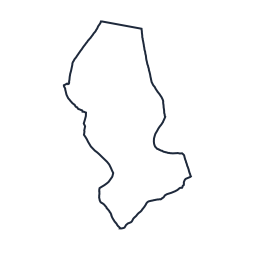 outline of Birkelane, Kaffrine, Senegal, rotated 12°
{"feature_id": "50182788B56779252201559", "entity_name": "Birkelane", "entity_type": "district", "adm_level": 2, "iso_a3": "SEN", "parent_name": "Senegal", "parent_adm1": "Kaffrine", "projection": "orthographic", "projection_center": [-15.66, 14.036], "detail": "fine", "context": "isolated", "style": "outline", "palette": "slate", "viewbox_px": 256, "rotation_deg": 12, "n_neighbors": 0, "source": "geoboundaries", "source_scale": "gbopen_adm2", "svg_char_len": 5743}
<svg xmlns="http://www.w3.org/2000/svg" viewBox="0 0 256 256"><g transform="rotate(12 128 128)"><path d="M157.7,207.1L157.9,206.7L158.3,206.2L158.6,205.5L158.9,204.6L159.3,203.9L159.6,203.4L159.9,202.6L160.3,201.9L160.5,201.5L160.7,200.9L161.0,200.1L161.4,199.1L161.5,198.4L161.7,197.8L162.3,196.7L162.7,196.2L163.3,195.6L164.0,195.2L164.9,194.8L165.3,194.6L165.8,194.3L166.3,194.2L166.6,194.0L167.2,193.8L167.9,193.4L168.6,193.1L169.4,192.8L170.4,192.3L171.0,192.1L171.9,191.7L172.6,191.6L173.5,191.2L174.5,190.9L174.7,191.0L175.2,190.7L175.7,190.1L176.1,189.4L176.8,188.9L177.3,188.2L177.7,187.4L177.9,186.6L178.3,186.0L178.7,185.7L179.2,185.2L179.9,184.6L183.8,182.4L187.6,179.8L188.3,179.1L189.2,178.4L189.9,177.5L190.9,176.2L191.6,175.6L192.3,175.5L192.8,175.3L193.2,175.3L193.4,174.9L193.5,174.3L193.5,173.5L193.7,173.0L194.0,172.7L194.3,172.4L194.3,172.1L194.4,171.9L194.2,170.6L193.9,169.5L194.0,168.6L194.2,167.7L194.4,166.8L195.0,165.8L195.8,165.2L198.1,163.6L198.8,163.1L199.3,162.7L199.6,162.2L199.0,161.6L198.6,160.8L198.2,160.0L197.4,158.9L197.0,158.1L196.5,157.2L196.1,156.3L195.6,155.4L195.2,154.8L194.8,154.0L194.1,153.1L193.7,152.5L193.3,151.6L192.9,150.9L192.6,150.3L192.0,149.6L191.7,148.8L191.3,148.1L190.9,147.5L190.5,147.0L190.2,146.3L189.8,145.6L189.4,144.8L189.1,144.2L188.8,143.5L188.4,142.9L188.0,142.6L187.4,142.2L186.8,141.9L186.1,141.5L185.6,141.7L184.9,141.9L184.2,142.1L183.7,142.2L182.9,142.1L182.2,142.2L181.8,142.2L181.6,142.2L181.2,142.4L180.4,142.6L179.9,142.7L179.3,142.9L178.8,143.0L177.8,143.3L176.3,143.6L175.4,143.7L174.5,143.9L173.4,143.8L172.7,144.0L171.9,144.0L171.3,143.9L170.8,143.8L170.0,143.9L169.4,143.8L168.6,143.8L167.8,143.8L167.0,143.6L166.2,143.2L165.3,143.3L164.3,143.0L163.2,142.8L162.7,142.7L162.4,142.4L161.5,142.4L160.8,142.3L160.6,142.1L160.3,141.9L159.5,141.3L158.9,141.0L158.7,140.8L158.2,140.3L157.7,139.6L156.8,138.0L156.1,135.9L155.6,132.9L155.8,129.7L156.0,127.9L156.7,125.9L157.3,124.1L157.6,122.9L158.1,121.5L158.8,119.8L159.6,118.3L160.3,116.7L160.5,116.0L161.0,114.9L161.0,114.3L161.3,113.2L162.0,109.9L162.1,109.3L161.8,109.1L161.3,108.0L161.0,107.0L160.3,105.8L159.9,104.2L159.6,103.1L159.2,102.0L158.6,100.5L158.2,99.0L157.8,97.7L157.6,97.4L157.1,95.8L156.9,95.0L156.9,94.5L156.4,93.6L155.9,92.8L155.4,92.2L155.1,91.8L154.5,91.0L153.6,90.1L152.9,89.5L152.3,88.8L151.5,88.1L150.4,87.2L149.5,86.5L149.5,86.4L148.5,85.5L147.4,84.4L146.6,83.6L145.9,82.6L145.2,82.0L144.4,81.4L143.5,80.6L142.6,79.4L141.6,78.2L141.0,76.9L140.4,75.6L140.0,74.6L139.4,73.4L139.0,72.4L138.5,71.1L137.8,69.6L137.2,68.4L136.4,67.0L136.2,66.2L135.7,65.1L135.2,64.4L134.7,63.1L133.8,61.8L133.2,60.5L132.8,59.5L132.3,58.5L131.8,57.5L131.3,56.2L130.9,54.9L130.4,53.4L129.6,51.9L129.2,50.8L128.8,49.6L128.1,48.5L127.6,47.3L127.2,46.0L126.6,44.8L126.2,43.5L125.6,42.1L125.2,41.1L124.7,39.9L124.0,38.4L123.8,37.5L123.4,36.9L123.0,36.0L122.8,34.9L122.3,33.4L121.8,32.0L121.4,30.4L120.9,29.1L120.6,28.1L120.2,28.1L80.3,29.2L79.6,29.4L79.4,29.4L79.3,29.9L79.3,30.5L79.1,31.2L78.9,31.8L78.5,32.8L77.8,34.3L77.5,35.4L77.3,36.5L77.0,37.6L76.6,38.4L76.2,39.9L75.8,40.8L75.4,41.5L75.0,42.2L74.6,42.9L74.4,43.8L73.8,44.9L73.3,46.1L73.0,46.6L72.6,47.7L72.0,48.5L71.5,49.6L70.7,50.8L70.2,52.2L70.0,52.6L69.2,54.1L68.7,55.4L68.1,56.5L67.6,57.6L67.1,58.7L66.6,60.1L66.0,61.4L65.4,62.6L64.9,63.9L64.3,65.2L63.9,66.3L63.4,67.4L63.0,68.4L62.6,69.5L62.0,70.7L61.5,71.6L61.1,72.8L60.9,73.7L60.5,74.6L60.3,75.5L60.2,76.5L60.4,77.7L60.4,78.8L60.4,79.8L60.4,81.3L60.4,82.6L60.4,83.9L60.3,85.6L60.2,87.3L60.3,88.3L60.3,89.4L60.4,90.7L60.6,92.2L60.7,93.2L60.7,94.6L61.0,96.0L60.9,97.0L60.1,97.6L59.2,97.2L57.3,98.9L56.9,99.1L56.7,99.3L56.4,99.5L56.5,100.1L56.6,100.3L56.9,100.7L57.3,101.3L57.5,101.5L57.8,101.8L58.3,102.4L58.5,103.0L58.7,103.7L59.2,104.6L60.0,106.3L60.9,108.2L62.2,109.9L63.4,111.4L64.8,112.4L65.6,113.1L66.6,113.9L67.6,114.6L68.5,115.3L69.4,115.7L69.9,115.9L70.3,116.2L70.8,116.3L71.3,116.7L71.8,117.4L72.2,117.8L73.1,118.3L74.1,118.4L74.9,119.4L75.2,119.6L75.7,119.8L76.6,119.8L78.2,120.2L79.1,120.2L79.7,120.5L80.1,121.5L81.7,121.3L83.0,121.6L83.4,121.7L83.7,121.7L84.3,125.1L84.1,129.1L83.8,132.8L85.2,134.6L85.7,135.3L85.7,139.2L85.7,139.6L86.1,140.3L86.3,142.7L86.3,143.8L88.3,145.7L90.1,147.6L91.8,149.8L95.5,153.8L100.2,157.0L103.0,158.3L105.6,159.8L108.4,161.6L111.3,163.4L114.5,165.4L117.2,167.6L119.8,170.9L121.1,172.8L122.9,175.1L122.8,178.3L122.6,179.3L120.6,183.9L120.2,184.8L118.8,186.6L116.8,188.8L115.2,190.3L113.8,191.6L112.7,192.7L112.7,193.1L112.7,194.2L112.9,195.0L112.9,195.7L113.2,196.0L113.3,196.6L113.5,197.4L113.6,197.8L113.8,198.6L113.8,199.6L113.9,200.2L114.1,201.1L114.2,202.0L114.6,202.8L115.0,203.7L115.3,204.3L115.4,204.7L115.8,205.2L116.1,205.6L116.5,206.1L116.9,206.3L117.5,206.7L118.6,206.9L119.0,207.1L120.0,207.6L120.7,207.9L121.1,208.3L121.6,208.7L122.3,209.2L123.0,209.7L123.6,210.3L123.7,210.7L124.2,211.0L124.6,211.4L125.3,211.8L125.7,212.1L126.2,212.6L126.7,212.9L127.3,213.6L127.6,214.0L128.3,214.4L128.6,214.9L129.4,215.8L129.6,216.4L130.0,216.8L130.0,217.2L130.5,217.9L131.3,219.0L132.3,220.1L132.7,220.6L133.4,221.2L133.6,221.4L133.7,221.5L133.9,221.8L134.3,222.3L134.7,222.5L135.3,222.9L135.4,223.1L135.8,223.4L136.2,223.6L136.5,223.8L136.7,224.1L137.2,224.6L137.4,224.9L137.9,225.4L138.3,225.6L138.7,226.1L139.6,226.5L140.2,226.9L141.0,227.4L140.9,227.9L141.6,227.8L142.2,227.7L143.2,227.3L143.9,227.0L144.6,226.6L145.0,226.3L145.3,226.1L145.9,224.4L146.2,223.4L147.7,221.4L148.6,220.8L149.4,220.3L150.0,219.9L150.5,219.5L150.9,218.9L151.1,218.7L151.5,217.6L151.7,216.8L152.0,215.7L152.5,214.8L153.1,213.9L153.8,213.0L154.4,212.1L154.8,211.2L155.1,210.6L155.8,209.4L156.4,208.6L157.4,207.5L157.7,207.1Z" fill="none" stroke="#1e293b" stroke-width="2"/></g></svg>